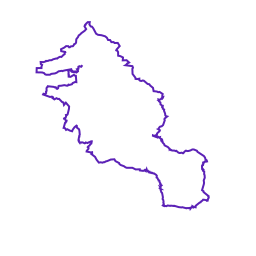 outline of Letterkenny Lea-7, Donegal, Ireland, rotated 229°
{"feature_id": "5873133B45829912982707", "entity_name": "Letterkenny Lea-7", "entity_type": "district", "adm_level": 2, "iso_a3": "IRL", "parent_name": "Ireland", "parent_adm1": "Donegal", "projection": "orthographic", "projection_center": [-7.823, 54.956], "detail": "fine", "context": "isolated", "style": "outline", "palette": "violet", "viewbox_px": 256, "rotation_deg": 229, "n_neighbors": 0, "source": "geoboundaries", "source_scale": "gbopen_adm2", "svg_char_len": 5893}
<svg xmlns="http://www.w3.org/2000/svg" viewBox="0 0 256 256"><g transform="rotate(229 128 128)"><path d="M45.2,104.1L45.1,104.6L43.8,105.7L43.5,107.1L41.5,108.8L41.3,109.4L39.2,111.3L39.3,111.4L38.9,111.9L35.0,114.4L33.0,116.2L32.6,117.0L29.1,119.4L29.0,119.9L27.3,121.6L27.5,121.7L26.8,122.7L26.2,122.3L26.4,123.3L26.7,123.2L26.4,123.9L26.6,124.5L25.8,124.8L26.6,125.4L25.1,125.9L23.8,127.0L24.9,128.0L24.7,133.3L24.3,134.0L24.6,135.0L24.4,136.6L24.6,137.7L22.8,139.3L23.1,139.5L22.6,139.4L21.9,140.1L21.4,139.8L20.9,140.4L22.0,141.9L22.4,143.2L23.6,143.6L23.7,144.1L30.0,143.0L30.7,143.5L32.5,143.1L35.8,148.3L36.7,149.4L38.8,150.8L40.1,153.3L42.2,154.9L43.1,155.1L45.2,157.0L46.6,156.5L47.3,156.9L47.2,157.6L48.6,157.6L48.4,157.2L48.5,157.1L50.9,159.0L51.2,159.9L50.8,160.3L51.7,161.6L52.4,161.6L52.7,162.2L52.1,162.9L52.4,163.9L51.5,164.6L50.9,165.7L52.0,166.2L53.5,165.9L55.1,166.7L57.0,166.9L64.5,164.8L65.6,165.1L68.6,163.6L69.6,162.5L70.1,160.4L71.0,158.5L71.9,157.4L72.9,156.9L73.1,155.4L72.7,153.2L72.8,152.9L74.1,152.4L75.1,150.7L76.3,149.9L79.1,149.5L79.3,148.8L80.4,148.3L82.2,146.4L83.1,146.2L83.3,145.8L84.6,145.8L84.6,145.3L85.2,145.7L87.5,145.6L90.9,144.2L92.1,144.7L94.6,144.6L95.1,145.2L96.6,144.7L97.1,145.1L96.7,146.0L97.2,146.2L99.1,145.5L99.9,145.5L100.2,146.0L100.7,145.0L101.3,144.6L101.2,144.9L101.5,145.0L101.8,144.5L102.2,144.4L101.9,144.0L103.1,143.7L103.4,144.2L103.8,143.6L103.2,143.1L105.8,141.7L106.1,142.0L104.9,142.6L103.9,145.4L104.6,146.0L104.9,146.9L104.9,149.6L105.4,150.6L107.3,150.0L107.1,150.5L107.6,151.0L108.0,152.6L107.9,153.3L107.2,154.5L107.2,156.4L109.7,160.8L110.7,161.2L111.1,161.8L111.0,165.1L111.9,164.5L113.0,164.4L114.6,165.5L117.4,166.5L118.2,167.4L119.7,166.9L121.1,168.0L121.4,167.7L121.7,168.2L121.8,167.9L123.0,168.4L124.5,168.0L126.0,169.2L128.0,168.9L128.7,169.4L129.1,169.2L129.1,169.6L129.5,169.8L128.6,170.4L128.2,171.5L128.4,172.7L127.9,172.9L128.1,173.2L127.8,173.3L127.9,174.1L128.3,174.8L128.5,174.4L129.6,174.7L130.9,176.5L134.5,175.5L135.2,174.3L136.6,173.7L139.0,171.5L141.9,173.2L145.6,172.6L147.0,172.8L148.4,171.7L153.2,171.0L154.2,170.3L154.6,169.1L155.6,168.2L156.8,168.0L157.8,168.9L158.9,167.0L160.1,165.9L161.1,166.6L165.8,166.9L169.8,170.1L170.2,171.3L171.8,171.9L177.0,167.3L176.9,168.0L177.2,169.7L176.7,171.8L180.1,171.4L182.5,168.4L184.5,170.5L187.2,169.4L189.0,168.0L191.9,170.4L193.4,170.6L194.3,170.1L194.7,170.8L195.3,175.5L198.9,176.1L201.0,173.6L202.3,173.5L203.7,171.8L206.1,172.2L207.5,170.7L210.0,171.3L212.2,170.9L215.5,168.8L218.0,166.5L220.1,165.8L226.1,167.2L228.1,167.3L229.1,166.5L231.5,166.8L233.0,168.6L234.3,167.1L234.2,164.7L233.7,163.6L234.0,163.3L233.3,161.9L230.1,161.3L229.8,159.2L230.2,154.9L230.0,153.4L230.2,151.5L229.5,150.1L228.9,147.2L226.5,144.8L226.2,143.6L226.6,142.2L226.1,141.4L225.9,140.1L227.1,138.4L227.1,137.1L227.5,136.5L228.9,136.6L230.4,135.0L230.5,132.7L231.4,129.1L229.8,128.0L226.6,130.5L226.3,130.4L226.4,129.6L225.3,128.7L225.5,127.1L225.3,124.4L226.3,123.5L226.8,121.9L226.9,120.0L227.5,119.6L229.0,116.5L229.3,114.8L230.7,113.1L231.2,111.5L232.4,110.1L232.2,109.8L233.1,107.5L235.1,105.4L233.5,104.2L232.0,104.6L231.2,103.1L230.0,102.0L233.1,98.4L230.0,95.5L226.2,99.7L224.4,100.7L223.1,100.6L221.9,101.2L219.4,104.1L219.2,105.6L217.1,108.7L216.5,110.5L216.3,112.8L214.6,115.5L213.8,116.0L213.8,116.4L212.7,118.5L209.6,123.7L208.9,123.3L205.8,123.9L205.5,125.2L204.3,125.9L203.9,127.4L205.8,128.1L205.8,128.5L205.4,128.9L205.4,129.4L206.8,130.8L206.5,131.9L205.1,132.9L205.2,133.8L204.2,133.9L205.1,133.7L204.9,132.9L206.5,131.7L206.7,130.7L205.2,129.5L205.2,128.9L205.6,128.2L204.7,128.2L203.6,127.5L203.7,125.5L204.4,125.2L205.5,123.8L207.4,122.4L209.3,122.4L210.6,120.5L208.5,119.4L207.9,118.5L206.8,118.2L206.8,117.8L205.7,116.9L204.3,118.2L203.6,122.1L202.1,122.4L201.6,122.9L196.5,119.1L197.4,118.3L198.2,115.7L197.8,114.4L198.9,112.1L199.7,111.6L199.4,111.0L199.8,110.5L199.8,109.8L202.1,108.1L203.8,105.2L205.1,103.6L205.2,103.0L203.9,101.4L203.9,100.4L204.5,99.9L205.8,100.3L206.3,100.1L206.5,99.5L207.7,99.0L212.1,94.9L211.7,94.4L211.9,93.6L211.5,92.6L209.4,90.9L209.3,90.0L208.1,89.2L207.9,87.8L209.3,86.7L209.0,85.9L202.6,89.5L201.6,91.2L200.4,91.6L199.7,91.3L199.8,90.8L197.9,91.2L197.4,93.6L195.9,94.1L195.2,95.1L190.9,95.3L189.7,96.0L187.4,94.8L187.9,97.7L182.9,97.7L181.2,96.0L178.0,91.5L177.8,90.8L178.5,89.7L177.6,89.2L176.8,87.9L177.3,85.2L176.4,86.4L175.8,86.5L174.4,85.8L173.8,86.4L173.3,85.7L173.4,85.0L173.0,84.5L173.2,83.9L170.3,79.5L169.3,80.3L167.2,80.0L167.0,81.3L164.0,82.5L162.2,83.7L163.0,85.2L163.7,88.2L163.6,90.7L163.2,90.8L161.9,89.7L159.1,90.2L157.5,89.3L154.6,87.2L154.0,85.9L153.3,85.6L153.3,85.1L151.4,82.7L150.9,82.9L150.1,82.0L148.6,81.9L148.8,82.2L147.8,82.9L147.9,83.2L146.9,84.3L144.8,85.3L144.6,85.9L144.8,86.6L143.2,87.6L143.0,88.9L142.7,89.3L142.1,91.5L141.7,91.9L140.3,90.1L140.5,88.7L140.0,87.6L140.2,86.3L140.0,85.1L138.9,85.2L138.3,84.6L137.8,81.8L137.4,81.3L133.9,84.0L133.3,85.0L132.4,84.3L132.4,83.3L127.8,84.2L124.8,83.5L121.0,83.3L120.1,84.8L118.5,86.1L118.3,87.0L117.6,87.8L117.4,89.2L116.6,90.8L115.5,94.3L113.3,97.2L111.2,96.8L107.4,98.3L106.5,97.9L104.9,98.2L101.8,99.9L100.0,100.3L98.7,101.0L95.1,105.2L91.7,106.6L89.1,109.8L88.2,109.1L85.7,111.3L85.1,112.6L84.3,112.9L84.9,113.4L85.3,113.2L85.3,113.5L84.7,113.9L84.6,114.5L84.3,114.2L84.5,113.8L83.8,114.1L84.3,114.8L83.3,114.4L82.9,114.8L82.5,114.4L82.3,114.9L80.8,114.8L80.7,115.6L79.8,115.4L79.4,115.9L78.8,116.0L78.7,116.7L77.1,117.2L76.8,117.8L74.2,118.5L73.0,118.4L71.9,117.1L71.0,117.4L69.6,117.0L68.8,117.1L68.3,116.6L67.3,117.0L66.4,116.3L64.8,116.1L64.6,115.4L62.7,115.7L62.7,114.8L62.4,114.1L62.8,113.8L61.9,113.7L61.7,112.5L60.4,112.8L60.6,112.6L60.3,112.6L60.1,112.1L57.5,111.0L56.6,111.1L52.8,108.9L51.7,107.5L50.6,107.4L48.8,106.3L48.5,105.7L47.0,105.1L46.7,103.5L45.2,104.1Z" fill="none" stroke="#5b21b6" stroke-width="2"/></g></svg>